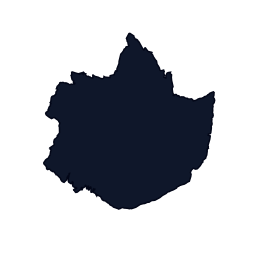 Pacureti, Prahova, Romania (Albers equal-area conic projection), rotated 121°
{"feature_id": "2599482B22577763197950", "entity_name": "Pacureti", "entity_type": "district", "adm_level": 2, "iso_a3": "ROU", "parent_name": "Romania", "parent_adm1": "Prahova", "projection": "albers", "projection_center": [26.139, 45.145], "detail": "fine", "context": "isolated", "style": "filled", "palette": "ink", "viewbox_px": 256, "rotation_deg": 121, "n_neighbors": 0, "source": "geoboundaries", "source_scale": "gbopen_adm2", "svg_char_len": 5821}
<svg xmlns="http://www.w3.org/2000/svg" viewBox="0 0 256 256"><g transform="rotate(121 128 128)"><path d="M159.3,198.4L157.6,197.3L156.8,196.1L157.1,195.5L157.4,191.6L158.3,190.3L158.6,189.2L159.0,188.9L161.8,188.2L162.6,187.2L167.2,184.3L168.0,184.2L171.2,184.6L171.2,183.9L171.7,183.8L174.5,184.6L175.1,185.0L176.2,185.1L178.2,184.4L179.2,183.6L179.7,182.9L180.3,182.7L181.7,183.1L185.4,184.8L185.5,184.8L185.5,183.7L186.3,183.7L186.4,182.9L186.8,182.4L188.1,182.2L191.4,180.9L192.2,181.0L195.1,180.8L195.8,181.4L197.9,182.2L200.0,182.2L200.7,182.4L201.6,182.0L202.1,181.5L202.7,179.2L203.1,178.4L203.8,177.4L204.5,177.0L204.9,176.7L205.0,175.5L203.9,174.5L203.7,173.9L203.8,173.0L204.2,172.1L204.1,169.9L203.7,169.4L203.7,168.4L204.6,166.5L204.7,166.1L205.1,165.6L204.7,164.5L205.9,160.0L206.9,158.9L207.6,157.4L207.7,156.0L207.5,154.8L204.3,154.0L203.4,154.1L201.4,154.8L198.9,154.6L197.3,155.0L197.0,154.7L201.9,153.3L202.8,152.6L203.7,152.3L204.3,151.7L204.9,151.0L205.0,150.4L205.1,148.3L205.0,147.9L204.5,147.5L203.2,148.1L202.7,147.9L202.8,147.4L203.0,147.1L205.8,145.8L206.4,145.0L206.4,143.6L206.2,142.4L205.8,141.7L205.9,141.1L206.2,141.0L206.6,141.1L207.5,142.2L208.9,142.8L209.3,142.4L209.3,141.5L209.9,140.6L210.1,139.5L209.0,138.4L206.4,137.5L205.0,136.6L204.6,136.6L203.4,137.3L202.8,137.0L203.0,136.7L204.7,136.1L204.8,135.8L204.6,135.5L202.5,135.9L201.8,135.2L200.8,134.9L199.0,134.9L198.9,134.7L199.1,134.3L199.9,134.0L200.3,132.9L201.3,132.3L201.4,131.9L201.0,131.6L199.1,132.4L198.4,132.3L198.3,131.9L200.6,130.5L201.1,130.3L201.4,129.9L201.2,129.5L200.8,129.5L198.6,130.0L197.9,129.8L197.8,129.4L198.4,128.9L202.0,126.8L202.0,126.4L201.7,126.0L201.2,125.9L197.7,126.1L197.5,124.9L201.0,124.9L200.9,121.9L201.6,121.2L202.3,119.8L201.2,120.0L200.9,116.2L202.8,113.0L202.7,111.2L202.0,109.6L202.4,108.8L202.4,107.5L202.6,106.9L202.3,105.2L202.8,104.7L203.1,103.9L202.9,100.5L203.3,99.9L202.3,95.1L202.3,94.3L201.3,93.4L199.5,92.3L198.7,91.2L198.7,90.3L197.8,88.6L196.8,86.4L196.6,85.4L195.3,83.9L195.3,83.4L191.9,80.5L187.1,78.1L184.9,75.9L184.1,74.8L181.7,73.1L180.6,71.6L179.1,71.0L177.9,70.2L176.6,68.4L176.0,67.7L171.3,64.9L168.0,63.7L164.6,61.7L162.4,61.1L161.3,59.9L159.9,59.1L157.6,57.3L154.5,55.5L153.3,55.6L151.6,54.5L150.3,53.9L150.0,53.4L149.2,52.9L147.2,50.9L145.3,49.8L143.9,49.3L142.1,48.0L137.3,49.2L135.2,50.1L134.3,51.3L133.8,51.7L131.6,52.0L128.9,51.4L128.7,50.8L128.6,49.3L128.5,49.0L127.4,47.7L126.6,47.4L123.1,46.7L119.6,46.7L118.6,46.3L117.5,47.1L117.0,47.1L113.8,45.9L113.4,46.0L113.2,46.3L110.6,46.6L106.8,48.3L106.5,48.7L105.1,49.1L104.9,49.0L104.6,49.4L104.4,49.2L104.2,49.4L103.8,49.4L104.2,49.2L103.9,48.8L103.6,49.2L103.3,49.2L102.5,49.6L102.1,50.1L102.1,50.4L95.6,52.1L92.7,53.3L92.4,53.5L92.9,55.5L91.8,55.9L90.3,54.5L89.2,54.7L85.0,56.6L83.4,57.8L82.2,57.7L81.1,58.1L79.2,59.7L77.3,60.6L77.0,61.2L76.1,61.3L75.0,61.0L73.5,61.4L72.1,62.5L71.2,63.7L69.7,64.2L67.2,65.8L65.9,66.1L65.1,66.9L64.2,67.3L63.6,67.5L62.0,67.2L59.6,68.0L58.5,69.1L58.0,70.3L57.5,70.8L55.4,71.3L54.2,72.2L53.5,72.2L53.3,72.5L53.0,73.4L54.6,74.7L56.5,76.0L57.8,76.0L58.4,76.7L59.7,76.9L60.9,77.7L61.8,78.7L63.0,78.9L63.9,79.7L64.6,80.1L65.7,81.7L67.3,83.0L69.0,83.7L71.1,85.9L71.1,86.4L70.5,87.0L70.3,88.4L70.5,89.0L71.1,89.4L71.9,91.0L72.3,91.4L71.9,92.2L72.8,94.1L72.7,96.2L74.0,98.6L74.6,99.1L74.8,99.7L74.8,99.9L74.2,100.8L74.4,101.6L75.1,102.2L74.6,103.2L74.5,104.0L75.1,104.9L76.5,105.2L76.7,105.9L75.8,106.0L75.4,107.0L74.7,107.9L71.7,110.3L70.9,110.6L69.4,110.7L64.8,115.1L62.2,117.0L60.1,118.0L59.8,118.3L59.8,119.6L59.3,120.1L58.3,120.3L59.8,122.1L60.9,122.8L63.4,122.5L65.7,121.4L66.0,123.4L65.2,123.7L64.1,123.8L62.7,125.6L62.3,125.6L61.9,126.0L61.0,126.0L60.1,127.2L60.0,127.3L61.7,128.9L62.1,129.6L62.0,130.2L61.5,131.0L60.5,131.9L59.4,133.7L58.4,135.9L55.9,138.1L55.5,139.6L53.8,143.1L52.8,144.3L52.0,146.4L50.9,146.4L50.9,146.7L51.4,147.2L51.2,147.5L51.9,149.8L52.0,150.5L50.4,154.3L50.4,154.5L50.8,154.8L52.6,154.4L52.9,154.6L52.9,154.9L52.1,156.9L48.6,162.9L48.2,164.3L47.7,165.2L47.6,166.4L48.2,166.7L48.1,167.4L47.7,168.1L47.1,169.6L46.1,170.4L45.9,174.9L46.0,175.3L46.6,175.8L52.0,175.5L52.8,174.4L54.0,173.5L54.8,171.8L55.9,171.3L56.7,169.8L57.1,169.5L57.6,169.7L59.5,171.4L61.1,171.2L62.5,171.9L63.9,171.6L66.0,171.7L68.4,172.2L75.4,170.0L77.4,168.9L82.8,168.0L84.9,166.9L85.5,168.1L87.8,167.8L89.4,167.3L92.3,170.2L92.7,170.1L94.0,169.3L96.1,173.6L96.2,175.1L97.2,174.6L98.0,174.6L99.1,175.4L99.7,177.6L99.8,179.7L100.7,182.6L100.8,183.4L100.6,185.3L100.9,185.4L101.8,184.6L102.5,184.5L102.7,183.8L103.5,184.0L103.8,184.3L104.0,186.0L103.8,186.6L104.1,187.3L104.1,188.7L104.7,189.4L104.9,190.3L104.6,191.2L104.0,191.9L103.3,192.1L103.8,193.1L103.4,193.7L103.4,194.3L103.1,194.9L103.4,195.2L103.7,195.3L105.1,194.2L105.1,195.2L104.7,196.3L105.5,197.0L106.0,196.7L106.3,197.2L106.9,197.5L106.8,197.8L106.4,197.6L106.4,197.9L106.9,198.1L107.3,199.2L107.9,201.3L108.6,204.5L109.2,205.0L111.2,203.7L111.8,203.6L112.2,203.9L112.6,203.3L113.4,202.7L115.3,200.8L115.6,198.7L116.3,198.7L117.2,198.1L117.2,196.8L117.1,196.6L117.5,196.4L117.9,196.6L118.3,197.3L118.9,197.8L119.5,198.6L119.6,199.2L120.8,200.1L121.1,201.3L120.9,202.2L121.0,203.1L121.3,203.4L121.2,204.3L121.3,204.5L121.7,204.4L121.9,204.5L122.4,207.2L123.5,208.5L123.8,209.3L124.3,209.7L126.5,209.2L126.6,209.6L127.9,209.8L128.6,210.1L129.9,209.9L130.4,209.6L131.3,209.6L131.2,208.6L131.5,207.9L133.8,208.3L135.3,207.8L135.3,207.4L136.0,207.1L137.8,207.8L138.2,207.7L139.5,209.0L140.3,209.4L141.7,209.3L145.2,207.7L146.4,207.8L146.6,207.3L146.7,206.7L148.0,206.6L149.0,206.0L149.8,206.3L151.0,206.4L151.7,206.1L153.4,205.9L153.5,205.1L154.2,205.4L155.1,205.4L155.5,205.8L156.4,205.9L156.7,206.2L157.7,206.2L158.6,205.3L158.9,204.7L159.3,201.6L159.3,198.4Z" fill="#0f172a" stroke="#020617" stroke-width="1.5"/></g></svg>